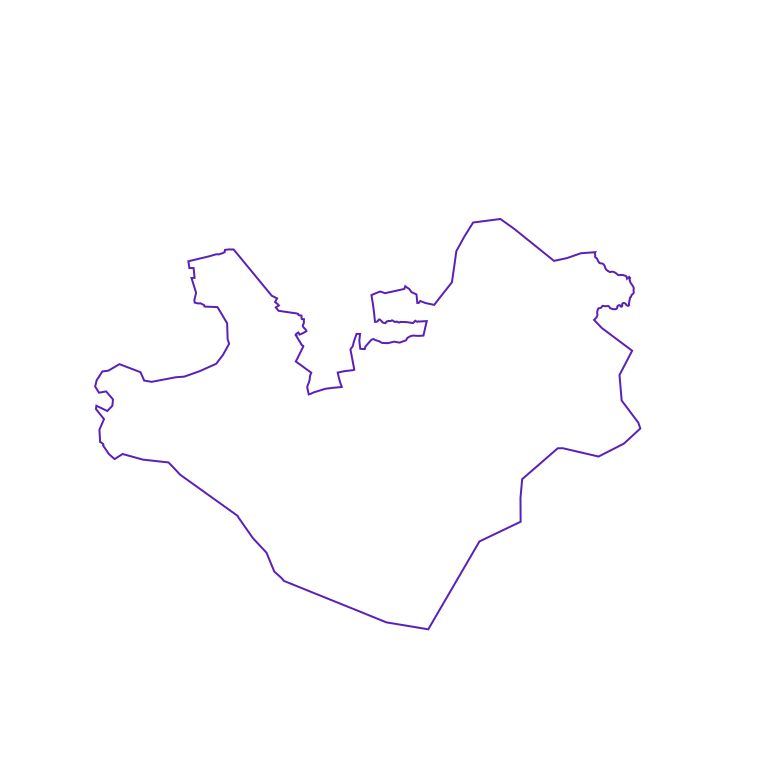 Konduga, Borno, Nigeria (Robinson projection), rotated 321°
{"feature_id": "59680162B88504568355174", "entity_name": "Konduga", "entity_type": "district", "adm_level": 2, "iso_a3": "NGA", "parent_name": "Nigeria", "parent_adm1": "Borno", "projection": "robinson", "projection_center": [13.263, 11.671], "detail": "fine", "context": "isolated", "style": "outline", "palette": "violet", "viewbox_px": 768, "rotation_deg": 321, "n_neighbors": 0, "source": "geoboundaries", "source_scale": "gbopen_adm2", "svg_char_len": 5362}
<svg xmlns="http://www.w3.org/2000/svg" viewBox="0 0 768 768"><g transform="rotate(321 384 384)"><path d="M403.5,577.0L418.4,558.4L431.5,544.9L478.6,543.3L482.5,546.4L505.1,575.4L532.9,581.3L555.2,579.9L557.3,574.1L558.3,546.4L572.7,525.2L597.8,514.3L588.5,477.5L587.6,466.4L590.8,466.1L592.4,465.3L593.5,464.6L593.9,463.6L594.6,462.7L595.3,461.9L596.4,461.1L597.2,460.7L598.3,460.2L599.2,460.7L600.1,461.2L601.0,461.3L602.0,461.0L603.0,460.8L603.9,461.7L604.8,462.8L606.3,463.7L607.3,464.5L607.7,465.6L607.5,466.7L607.5,467.5L608.2,468.6L609.0,469.8L609.9,470.7L610.8,471.4L611.7,471.8L612.5,471.9L613.3,471.5L614.0,470.6L614.8,470.4L616.0,470.5L616.8,471.1L617.0,471.7L616.7,472.5L616.9,473.2L617.6,473.5L618.6,473.0L619.2,472.0L619.9,471.5L621.0,471.7L621.8,472.5L622.2,473.7L622.2,474.7L622.2,475.4L622.4,476.1L622.8,476.8L623.4,477.1L624.2,476.9L624.8,475.8L625.6,475.2L626.5,474.3L627.4,473.5L628.5,472.8L629.2,472.0L629.7,471.6L630.8,471.7L631.9,471.0L632.8,470.6L633.7,470.6L634.6,470.5L635.6,470.2L636.3,469.2L637.2,467.8L638.2,467.0L638.8,465.8L639.0,464.4L639.1,463.2L639.3,461.9L639.3,460.6L639.9,458.6L640.4,458.3L640.7,457.2L641.1,457.0L641.4,456.8L641.9,456.6L641.9,455.1L639.2,455.1L639.8,454.1L640.0,452.4L639.2,451.1L638.6,450.3L638.6,450.2L638.2,449.6L637.3,448.8L636.4,448.1L635.4,447.5L634.6,446.8L634.3,445.4L634.1,444.3L633.7,443.0L633.2,441.6L632.3,440.6L631.5,439.9L630.5,439.5L629.9,439.0L629.5,437.9L629.1,437.0L628.9,436.0L628.7,434.8L628.8,433.8L629.1,432.7L629.6,431.5L629.9,430.5L629.9,428.9L629.7,428.3L629.3,427.6L628.9,427.0L627.9,426.2L627.6,425.6L627.7,424.8L627.7,424.0L627.7,423.2L627.9,422.4L628.3,421.4L628.4,420.7L628.4,419.8L628.0,419.1L628.0,418.4L628.2,417.9L629.1,417.1L629.6,415.9L630.3,414.8L631.1,414.5L619.3,406.3L605.4,401.3L593.6,395.3L582.8,345.3L578.3,329.0L576.8,328.1L554.9,314.6L539.2,320.0L523.8,326.3L514.1,335.4L500.8,347.7L480.0,352.4L472.8,354.1L467.2,347.2L464.4,342.3L462.1,342.9L460.9,342.0L463.1,338.7L465.6,334.8L463.2,330.0L463.4,326.0L463.0,324.8L462.0,321.4L459.6,322.9L442.0,314.1L439.3,309.8L437.3,309.1L434.7,308.3L430.2,307.0L426.0,314.4L423.5,318.5L421.3,322.1L418.6,326.2L417.2,328.4L416.1,330.0L417.1,330.8L418.0,331.1L418.9,331.2L420.4,330.7L420.9,330.8L421.3,331.2L421.5,332.4L421.7,334.0L421.7,334.4L421.7,334.7L421.6,334.9L421.6,335.2L421.9,335.7L421.9,335.8L422.2,336.2L422.4,336.5L422.9,337.1L423.2,337.5L423.7,337.6L424.6,337.3L424.9,337.2L425.0,337.2L425.3,337.1L425.6,337.1L426.1,337.6L427.0,337.7L427.5,338.1L427.8,338.4L428.1,338.7L428.4,338.9L428.8,339.2L429.2,339.4L429.8,339.4L430.2,339.5L430.5,339.8L430.9,340.8L431.0,341.4L431.1,341.7L431.1,341.8L431.3,342.2L431.4,342.5L431.5,342.7L431.7,342.8L432.2,343.1L433.0,343.4L433.3,343.6L433.5,344.1L433.7,344.7L434.0,345.1L434.8,346.0L435.7,346.0L440.5,350.1L444.7,354.7L445.0,354.9L448.1,354.5L448.4,355.5L448.7,355.9L448.9,356.5L449.6,356.9L450.2,357.0L450.6,357.5L450.9,357.8L456.8,362.0L445.1,371.2L440.9,368.2L436.9,364.5L434.1,363.3L431.0,362.9L428.7,363.9L422.8,361.9L422.0,361.5L418.7,357.6L418.0,357.2L413.9,355.3L411.8,354.0L411.8,353.9L408.3,350.8L407.1,347.6L405.0,344.6L404.0,342.3L402.0,341.7L393.1,343.2L391.0,344.8L387.7,341.7L392.0,334.9L396.9,330.0L394.2,327.8L387.5,331.9L383.6,334.9L379.7,336.0L369.9,354.2L368.7,353.8L361.1,349.0L355.2,346.0L352.9,350.7L351.9,352.9L350.8,355.5L349.4,359.7L349.3,359.8L342.5,355.2L335.4,350.8L323.6,346.1L321.1,345.6L319.0,344.7L322.2,338.3L324.1,336.8L326.6,335.6L329.1,333.7L331.5,331.2L334.6,329.4L333.0,323.7L331.9,319.3L330.8,315.2L329.6,311.0L333.1,309.5L337.4,307.5L344.3,304.3L344.7,304.1L345.1,303.9L345.2,303.5L345.0,303.2L344.9,302.8L344.8,302.7L344.7,302.5L344.6,302.1L344.6,301.9L344.7,301.6L344.7,301.0L344.8,300.9L344.9,300.3L345.0,299.4L345.2,298.6L345.3,297.5L345.3,296.9L345.4,296.2L345.5,295.8L345.6,295.0L345.7,293.9L345.8,293.6L345.9,292.8L346.0,292.1L346.1,291.3L346.1,290.7L346.7,290.9L347.0,289.9L348.3,289.9L349.8,290.0L349.8,291.0L349.4,292.4L349.8,292.6L350.7,292.9L352.0,293.2L353.1,293.5L354.3,293.7L354.5,293.7L355.1,293.8L355.4,293.9L356.1,294.0L357.1,294.0L357.4,292.3L357.1,289.4L357.3,288.0L358.0,287.1L359.0,286.8L360.4,285.9L361.5,284.4L362.6,283.3L361.6,282.3L361.0,281.6L361.9,280.2L362.5,279.6L362.9,278.9L361.2,277.0L361.0,276.6L361.0,276.3L361.1,275.9L361.4,275.5L360.2,273.8L356.9,270.3L348.1,260.7L348.1,256.4L351.7,256.8L351.7,255.2L351.3,253.5L351.0,251.7L352.6,251.1L354.8,250.2L352.3,244.7L351.9,195.8L351.8,184.8L347.9,181.6L344.8,179.7L343.1,181.3L340.9,180.7L337.3,179.4L335.3,177.6L328.4,174.7L309.2,165.5L305.7,171.4L309.0,174.1L303.6,182.3L301.1,180.5L295.4,194.8L289.4,199.5L288.1,201.6L290.4,204.6L292.1,205.7L293.8,209.4L293.2,210.8L303.0,219.5L300.3,238.1L290.7,250.7L288.9,255.3L277.3,260.0L266.3,262.7L261.2,261.3L249.0,258.1L238.0,254.2L233.3,252.5L226.4,247.7L204.8,236.1L199.8,230.4L202.2,221.6L190.9,202.1L178.3,200.2L173.0,197.0L163.0,200.3L157.9,204.2L157.0,211.4L163.4,214.9L163.7,225.4L159.3,229.9L152.0,230.9L146.8,219.9L144.4,222.1L144.3,235.1L134.1,240.4L126.9,250.4L127.5,251.7L128.0,253.9L127.7,254.6L127.0,255.0L126.1,265.2L127.4,272.8L136.8,273.9L149.0,291.0L167.2,309.4L168.0,319.0L168.5,326.3L187.3,394.5L186.9,395.9L185.1,421.3L186.5,441.2L180.7,460.7L182.3,470.7L182.3,474.1L228.1,556.7L235.8,570.7L264.0,602.5L359.1,566.4L403.5,577.0Z" fill="none" stroke="#5b21b6" stroke-width="2"/></g></svg>